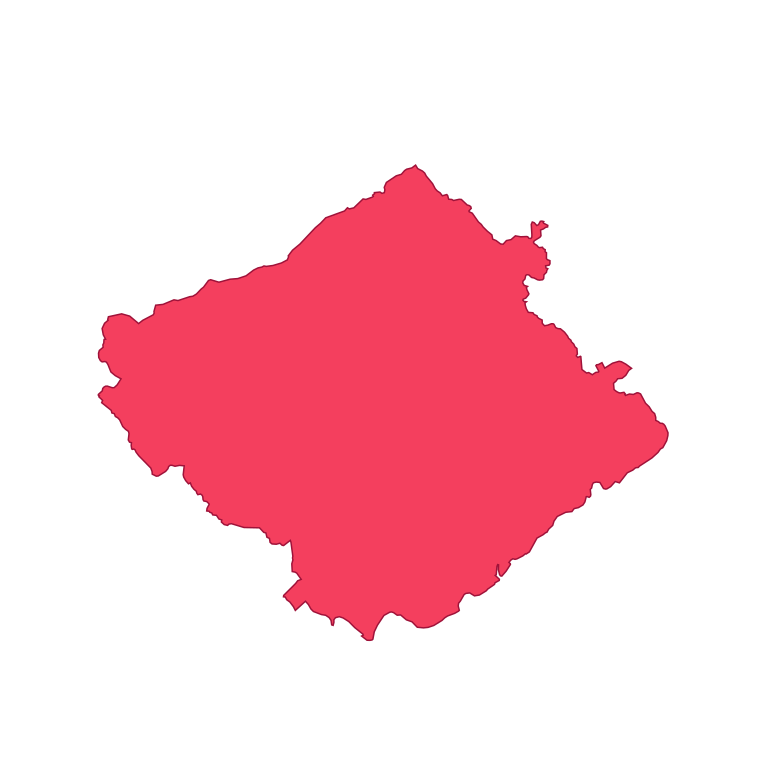 the district of Sherpur, Dhaka, Bangladesh, rotated 312°
{"feature_id": "16705992B90842308963557", "entity_name": "Sherpur", "entity_type": "district", "adm_level": 2, "iso_a3": "BGD", "parent_name": "Bangladesh", "parent_adm1": "Dhaka", "projection": "albers", "projection_center": [90.083, 25.092], "detail": "fine", "context": "isolated", "style": "filled", "palette": "rose", "viewbox_px": 768, "rotation_deg": 312, "n_neighbors": 0, "source": "geoboundaries", "source_scale": "gbopen_adm2", "svg_char_len": 6171}
<svg xmlns="http://www.w3.org/2000/svg" viewBox="0 0 768 768"><g transform="rotate(312 384 384)"><path d="M494.0,628.8L508.4,632.6L516.6,633.4L520.6,632.9L523.3,633.8L531.0,632.0L535.6,629.5L537.8,627.7L540.9,621.1L541.3,618.9L541.0,617.2L539.7,615.6L539.6,612.9L538.8,610.3L541.1,608.2L543.1,604.9L543.0,601.5L544.5,596.3L544.7,591.2L548.3,581.3L547.7,579.2L546.8,577.9L543.1,576.3L540.8,573.1L537.1,571.1L537.5,569.9L538.1,569.9L538.4,567.9L535.3,565.5L534.6,564.2L534.0,561.9L533.8,558.7L538.1,554.1L541.7,554.5L544.2,554.1L547.5,557.1L552.2,557.9L557.9,556.8L561.3,557.5L560.6,550.5L559.4,545.5L558.2,543.5L552.4,539.9L543.5,537.4L545.7,531.7L541.9,530.3L540.5,529.1L539.4,529.2L537.2,535.1L536.4,535.4L534.3,533.6L530.3,532.6L529.5,528.5L527.7,527.2L527.2,521.4L536.1,511.9L536.0,511.4L533.4,510.2L533.5,508.3L534.0,507.8L535.6,507.7L539.5,503.6L539.4,501.0L540.6,498.4L540.8,494.8L541.6,493.7L541.5,490.5L542.4,488.5L543.3,483.5L543.1,478.2L541.5,476.1L540.8,473.8L542.1,470.4L541.9,469.3L540.7,468.0L537.4,466.4L534.7,464.3L535.0,461.0L537.4,458.7L536.3,455.0L536.4,453.1L537.1,452.1L536.1,449.1L536.6,447.0L533.8,443.3L535.1,439.5L536.9,436.5L538.6,434.5L540.4,434.8L539.0,432.7L539.2,431.1L540.2,430.7L542.7,431.9L547.1,431.7L548.0,431.3L549.6,427.3L551.0,425.2L552.6,425.4L551.1,422.3L551.9,419.5L553.6,418.4L556.3,418.5L559.5,416.7L560.8,417.0L562.0,418.6L561.9,422.3L563.2,424.6L564.2,428.4L565.2,430.0L567.6,432.1L569.2,432.1L572.2,429.8L575.7,430.0L577.3,429.0L579.3,428.6L578.6,426.7L580.0,425.0L582.8,427.2L584.4,426.9L586.7,424.8L585.7,422.1L585.9,420.8L590.3,416.9L590.1,415.2L591.7,413.9L591.2,411.8L591.7,410.3L589.3,408.2L589.0,407.1L589.3,404.8L588.8,401.6L589.5,400.1L591.2,399.9L597.4,401.7L599.2,401.5L603.2,397.3L605.9,398.7L608.6,399.3L610.2,400.5L611.5,399.6L610.3,395.0L610.5,394.2L611.6,394.0L610.7,392.3L609.5,391.3L605.8,392.2L604.0,391.5L604.4,387.7L603.6,385.8L601.2,386.6L593.8,394.1L592.0,395.6L590.5,395.8L589.2,394.3L589.6,392.3L589.1,391.4L584.9,387.1L582.0,382.5L576.3,381.8L572.5,379.0L567.6,379.0L566.1,377.0L565.6,371.3L564.4,367.9L567.0,364.4L566.7,358.7L567.0,352.5L567.7,349.5L567.6,345.8L570.0,335.3L569.0,332.0L569.5,331.3L572.9,331.3L573.9,329.7L573.6,327.8L572.7,326.1L572.9,318.0L571.6,316.3L566.9,312.9L566.5,310.9L564.6,308.4L566.6,305.3L566.8,303.9L562.9,301.4L563.6,297.8L563.1,294.4L563.4,291.4L565.4,286.0L566.8,276.3L568.0,273.1L568.0,270.1L566.6,264.9L567.8,261.0L563.2,260.1L558.8,257.1L556.4,256.5L551.5,256.6L546.9,253.8L535.4,250.9L530.3,252.6L528.9,254.7L526.4,256.2L524.3,254.9L524.0,252.6L519.8,248.8L519.1,249.6L516.7,249.2L516.3,250.5L515.3,250.4L509.1,247.1L507.5,244.6L494.7,243.7L490.9,241.0L490.5,238.9L486.2,238.9L468.6,229.5L460.9,229.3L454.2,228.4L431.8,227.9L422.2,226.5L415.1,227.1L414.7,228.0L411.5,229.1L405.3,226.8L397.8,222.2L392.6,217.8L391.4,215.8L389.2,215.0L386.0,212.7L381.5,210.9L372.1,209.1L364.5,204.8L358.9,199.5L349.2,193.2L345.5,185.4L343.5,184.3L335.2,185.1L332.3,184.6L325.3,184.4L321.3,183.2L318.9,181.2L308.2,175.1L306.0,171.6L295.3,166.5L289.8,161.6L284.0,164.5L282.8,165.8L281.0,166.2L269.9,162.1L264.7,161.2L264.3,149.6L260.6,142.1L249.6,134.2L247.1,135.5L246.8,136.3L242.2,135.7L236.6,137.4L232.7,142.5L231.0,147.1L230.0,146.2L229.5,146.3L227.0,148.3L225.0,148.9L223.3,150.7L218.5,150.0L215.9,151.2L212.8,154.3L211.6,157.6L211.8,159.7L214.0,161.6L214.5,163.2L213.7,165.9L210.2,173.0L210.4,178.7L211.9,185.1L204.8,186.3L200.7,185.9L199.4,184.5L197.3,179.8L196.0,178.5L194.0,177.9L192.4,178.0L190.4,179.2L185.1,178.7L184.4,179.4L184.7,180.4L183.7,180.7L183.5,185.9L181.2,186.7L181.9,199.0L180.4,201.1L181.5,203.4L180.1,206.1L180.7,208.6L180.5,211.5L177.6,218.3L177.4,222.3L177.8,225.8L176.4,227.8L171.3,231.4L170.5,233.8L171.4,235.6L169.2,237.2L167.0,239.9L167.0,240.7L168.2,241.5L168.5,243.0L167.4,245.5L166.6,249.8L165.5,266.9L163.7,270.3L161.9,272.1L163.1,276.4L164.6,277.8L172.9,280.2L176.4,280.1L178.5,279.2L180.5,279.5L181.7,280.8L183.0,283.7L186.7,286.5L189.5,290.3L182.2,295.5L180.8,297.5L179.5,301.3L179.0,305.5L180.9,306.3L179.3,309.4L178.6,313.1L178.7,316.4L177.7,317.7L177.2,319.7L179.5,321.3L179.6,323.3L179.0,324.7L177.0,326.9L176.5,328.4L178.0,330.9L177.9,334.0L177.5,334.6L173.2,335.7L171.0,337.2L172.4,339.2L172.1,340.4L172.9,342.3L172.1,344.3L174.3,347.4L173.2,351.6L174.4,354.4L172.6,355.5L172.6,359.3L174.3,362.4L176.1,362.5L178.1,364.1L183.7,376.0L193.8,387.7L193.3,393.9L194.3,395.9L191.8,399.5L192.6,402.2L190.1,405.3L190.2,407.8L192.9,411.2L196.0,413.2L196.0,416.2L196.8,417.5L205.1,419.0L204.1,420.8L195.0,431.5L193.5,432.4L192.3,434.0L188.7,435.8L183.2,441.3L184.7,443.8L185.1,445.7L183.4,453.2L180.0,451.5L176.7,451.8L159.8,450.9L158.6,451.7L159.6,453.2L158.6,456.1L159.0,459.9L157.9,465.7L156.4,469.6L170.0,471.0L169.5,475.5L167.9,480.2L167.7,483.8L170.8,491.8L173.1,495.4L173.7,499.5L172.9,502.8L170.0,506.3L170.6,507.7L173.3,506.3L175.3,504.5L177.9,504.3L181.2,506.5L182.8,510.2L183.9,516.8L183.4,525.3L184.0,535.7L183.5,536.6L181.7,536.0L182.2,542.8L184.1,545.1L185.8,546.4L186.9,546.5L193.3,542.6L200.4,540.5L212.0,538.8L218.3,541.0L219.6,542.1L220.5,544.0L221.0,548.5L223.5,550.9L223.7,558.4L226.0,563.9L225.5,571.5L229.2,576.5L232.6,579.6L237.9,582.6L247.1,585.3L250.9,585.6L254.2,586.5L260.9,590.0L265.1,591.4L266.2,591.4L268.7,587.7L271.0,586.1L273.8,586.0L281.2,584.4L283.2,585.0L286.1,587.5L287.1,593.0L291.0,596.1L298.8,598.4L301.0,598.3L309.0,600.2L310.6,599.5L315.1,601.1L316.1,600.4L316.2,594.7L317.4,595.0L324.0,590.0L325.9,589.3L326.3,590.1L322.5,593.3L319.6,597.6L319.4,599.1L320.1,600.1L326.6,600.0L334.5,598.7L335.0,598.1L335.0,596.2L338.1,596.1L340.3,596.7L341.4,598.7L343.0,599.8L349.2,602.2L352.5,602.7L352.8,603.4L356.5,604.4L371.9,600.8L378.5,603.1L381.7,603.6L382.8,604.3L386.4,603.5L391.8,604.0L395.8,602.1L401.5,601.4L410.3,604.9L414.9,609.0L418.7,608.7L422.2,611.2L427.3,612.8L430.8,612.2L435.6,609.7L436.2,610.2L437.1,612.3L438.8,612.5L440.1,611.8L443.7,607.8L445.6,607.9L448.7,606.1L450.7,605.7L453.1,607.3L455.3,610.3L453.2,617.1L454.2,619.0L455.2,619.8L459.4,621.1L466.2,621.1L468.1,625.1L480.8,624.2L486.5,626.5L490.1,627.0L492.1,628.8L494.0,628.8Z" fill="#f43f5e" stroke="#9f1239" stroke-width="1.5"/></g></svg>